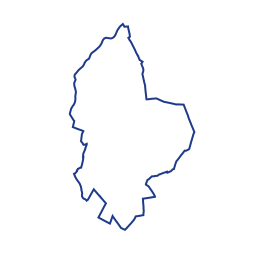 the district of Scherpenzeel, Gelderland, Netherlands, rotated 105°
{"feature_id": "6326949B37781973583405", "entity_name": "Scherpenzeel", "entity_type": "district", "adm_level": 2, "iso_a3": "NLD", "parent_name": "Netherlands", "parent_adm1": "Gelderland", "projection": "robinson", "projection_center": [5.498, 52.09], "detail": "fine", "context": "isolated", "style": "outline", "palette": "blue", "viewbox_px": 256, "rotation_deg": 105, "n_neighbors": 0, "source": "geoboundaries", "source_scale": "gbopen_adm2", "svg_char_len": 5528}
<svg xmlns="http://www.w3.org/2000/svg" viewBox="0 0 256 256"><g transform="rotate(105 128 128)"><path d="M114.8,62.8L114.1,63.4L112.4,64.6L111.0,65.7L109.6,66.8L105.3,70.0L102.6,72.1L101.8,72.5L99.9,73.7L98.8,74.6L96.1,76.6L95.1,77.3L91.0,80.3L91.2,81.0L91.6,82.9L91.7,83.4L91.7,83.5L92.1,85.2L92.2,85.6L92.2,85.8L92.3,86.2L92.5,86.6L92.6,87.0L92.8,87.3L92.9,91.9L93.0,92.9L93.0,93.0L93.0,94.2L93.4,100.2L93.2,101.2L93.1,102.0L92.1,108.0L92.1,108.3L93.0,110.8L93.2,111.4L93.8,113.1L94.3,114.1L94.6,114.9L95.0,115.9L95.2,116.4L95.5,117.6L93.2,118.5L92.1,118.9L90.3,119.6L89.4,120.0L87.0,120.9L84.3,121.9L83.6,122.2L83.3,122.2L81.9,122.8L80.6,123.6L80.3,123.8L72.4,127.9L72.3,128.0L72.1,128.1L70.0,128.0L69.3,128.0L68.5,128.1L67.9,128.2L67.6,128.3L67.3,128.4L66.5,128.8L66.3,129.0L64.1,130.6L63.5,131.1L62.5,131.8L60.2,131.1L59.3,134.1L59.3,134.3L57.5,135.7L56.8,136.2L56.4,136.5L55.5,137.2L55.6,137.3L52.9,139.8L50.5,141.7L46.4,145.4L46.3,145.5L46.0,145.7L44.3,147.3L43.0,148.6L43.0,148.9L40.8,151.0L39.4,149.8L39.2,149.8L37.0,150.7L32.5,153.1L31.0,153.8L30.3,154.2L29.9,154.3L31.1,157.6L30.0,158.7L28.9,159.9L29.9,160.6L31.6,161.7L32.4,162.1L33.0,162.4L34.0,162.7L35.3,163.2L36.3,163.5L37.4,163.7L39.1,163.9L39.6,164.0L41.6,164.3L42.3,164.5L42.6,164.6L42.9,164.8L43.9,165.3L44.2,165.5L44.7,165.9L45.6,167.0L45.9,167.7L46.1,168.6L46.2,169.4L46.3,171.1L46.4,172.0L46.5,172.2L46.6,172.6L46.7,172.9L46.9,173.1L47.2,173.5L47.4,173.8L47.8,174.2L48.1,174.3L48.5,174.5L48.9,174.7L49.3,174.9L49.7,175.0L50.5,175.1L50.9,175.2L52.7,175.4L53.7,175.6L54.5,175.8L54.9,176.0L55.8,176.3L56.3,176.5L56.6,176.6L57.2,176.9L60.6,179.1L62.1,180.1L62.6,180.5L64.1,181.8L64.8,182.3L65.0,182.4L65.5,182.6L66.0,182.9L66.5,183.0L66.9,183.1L69.6,183.4L70.3,183.5L70.9,183.5L71.4,183.7L71.7,184.2L72.5,184.8L73.5,185.7L74.3,186.1L75.9,186.6L76.4,186.7L76.4,186.8L77.0,186.8L78.2,187.0L78.8,187.2L80.1,187.6L80.5,187.8L80.8,188.0L83.4,189.8L84.7,190.6L85.1,190.8L86.8,191.6L88.3,192.2L89.0,192.7L89.6,192.9L90.0,193.1L90.3,193.2L90.7,193.2L91.1,193.2L91.6,193.2L92.0,193.1L92.4,192.9L93.9,191.8L94.1,191.6L94.3,191.5L94.5,191.4L94.8,191.2L95.0,191.2L95.4,191.2L95.8,191.2L97.1,191.5L97.7,191.5L98.3,191.5L99.0,191.5L99.3,191.4L99.8,191.2L100.9,190.8L101.5,190.5L103.5,189.3L105.6,188.1L106.3,187.8L106.9,187.6L107.2,187.5L109.3,187.3L110.2,187.2L110.9,187.1L111.8,186.9L112.8,186.5L113.2,186.4L113.7,186.3L114.3,186.2L114.8,186.1L115.7,186.0L116.2,186.0L117.1,186.0L118.0,186.1L118.7,186.2L119.5,186.4L120.0,186.6L120.9,187.0L121.6,187.2L122.9,187.6L123.4,187.7L123.8,187.8L124.7,187.9L125.2,187.9L126.5,187.9L129.1,187.9L129.7,187.8L130.2,187.3L130.9,186.5L131.9,185.5L133.1,184.1L133.4,183.9L134.1,183.1L134.5,182.7L134.9,182.0L135.1,181.7L141.4,181.5L141.4,181.0L141.5,180.4L141.7,178.9L141.9,177.2L142.0,175.8L142.4,171.0L142.6,170.3L144.9,170.8L146.1,170.9L148.9,170.5L151.7,170.1L152.6,170.1L152.8,170.1L153.7,168.9L154.2,168.1L155.1,167.3L155.3,167.1L155.5,167.0L155.5,166.9L155.7,166.7L155.7,166.4L155.6,166.2L155.5,165.9L154.8,164.7L154.6,164.5L154.0,163.8L154.6,163.6L158.4,163.9L158.6,163.9L158.7,164.0L159.0,163.9L159.9,163.9L160.2,163.9L161.8,164.2L162.6,164.3L163.5,164.4L164.7,164.5L165.1,164.5L165.8,164.4L166.0,164.3L166.4,164.0L166.9,163.8L166.9,164.0L167.6,164.0L167.6,163.7L167.8,163.7L168.3,163.6L169.2,163.4L170.1,163.2L170.7,163.2L171.9,163.1L174.0,163.0L178.2,163.0L178.2,163.3L178.4,163.6L178.6,163.6L178.6,163.8L179.2,164.4L179.6,164.7L179.9,165.1L180.0,165.2L180.5,165.9L181.1,165.9L182.2,166.4L182.3,166.4L182.6,166.0L182.8,166.0L183.1,166.2L184.5,166.8L184.9,167.0L185.2,167.2L185.4,167.4L185.6,167.5L185.9,167.9L186.2,168.3L188.6,166.5L189.8,165.4L190.9,164.3L194.2,160.3L196.7,158.4L199.1,157.2L199.4,157.1L200.0,157.0L200.7,156.5L201.4,156.1L203.1,155.3L204.6,155.1L205.6,154.9L206.2,154.4L206.5,154.2L206.9,153.8L207.3,153.4L207.5,153.0L207.6,152.8L207.6,152.5L207.8,152.0L207.9,150.9L208.0,150.7L208.1,150.3L208.3,149.9L208.9,149.2L207.7,148.2L207.4,148.1L207.0,148.0L205.1,147.5L199.2,146.0L196.1,145.2L197.6,143.0L201.8,136.8L201.7,136.8L202.7,135.4L203.4,134.4L204.2,133.2L205.2,131.8L205.3,131.6L206.5,129.8L210.5,130.8L218.6,132.6L222.1,133.4L222.4,132.1L224.5,123.2L225.0,120.7L217.0,120.1L217.8,119.2L218.4,118.5L219.6,117.1L223.3,112.5L226.3,108.9L226.5,108.3L226.5,108.1L227.1,104.6L226.0,104.0L225.9,103.9L225.7,103.7L223.3,102.5L219.1,100.3L214.9,98.4L214.2,98.2L213.4,98.0L211.4,97.7L210.0,94.5L209.6,93.5L209.4,93.3L208.2,90.6L207.3,90.8L203.7,91.4L202.0,92.1L200.4,92.5L196.9,93.8L192.4,95.3L191.8,93.8L190.1,89.9L189.4,88.4L188.2,85.7L187.5,84.1L187.4,84.1L187.1,84.3L186.8,84.5L184.3,86.9L179.2,92.8L179.1,93.0L178.8,93.6L178.5,94.7L178.0,96.1L177.8,96.2L175.3,96.0L173.9,95.8L173.3,95.8L173.1,95.7L172.8,95.5L172.7,95.3L172.3,94.8L170.1,93.4L169.4,93.0L168.6,92.5L168.5,92.4L168.4,92.2L168.3,91.7L168.0,90.4L167.9,90.2L167.5,89.8L167.4,89.7L167.0,88.5L166.8,87.9L166.6,87.3L166.5,87.2L165.1,86.1L164.7,85.8L164.5,85.2L163.4,83.8L161.4,80.9L160.1,79.0L161.0,78.5L160.8,78.1L160.2,77.4L159.7,76.8L159.3,76.2L158.5,75.4L158.1,75.0L157.9,74.9L157.2,74.6L156.8,74.4L156.6,74.3L156.4,74.1L156.1,73.8L155.8,73.0L155.7,73.0L154.0,73.0L150.4,72.9L148.2,72.7L147.8,72.7L147.2,72.4L146.5,72.1L143.2,70.7L141.3,70.0L138.2,68.6L137.5,68.3L135.7,67.6L135.2,67.4L135.1,67.2L135.2,66.7L135.1,66.4L134.9,66.1L134.7,65.8L134.1,65.1L133.8,64.7L132.7,63.6L132.4,63.5L131.9,63.4L130.3,63.4L125.1,63.4L122.4,63.3L118.1,63.2L117.1,63.2L116.2,63.1L115.6,63.0L114.8,62.8Z" fill="none" stroke="#1e3a8a" stroke-width="2"/></g></svg>